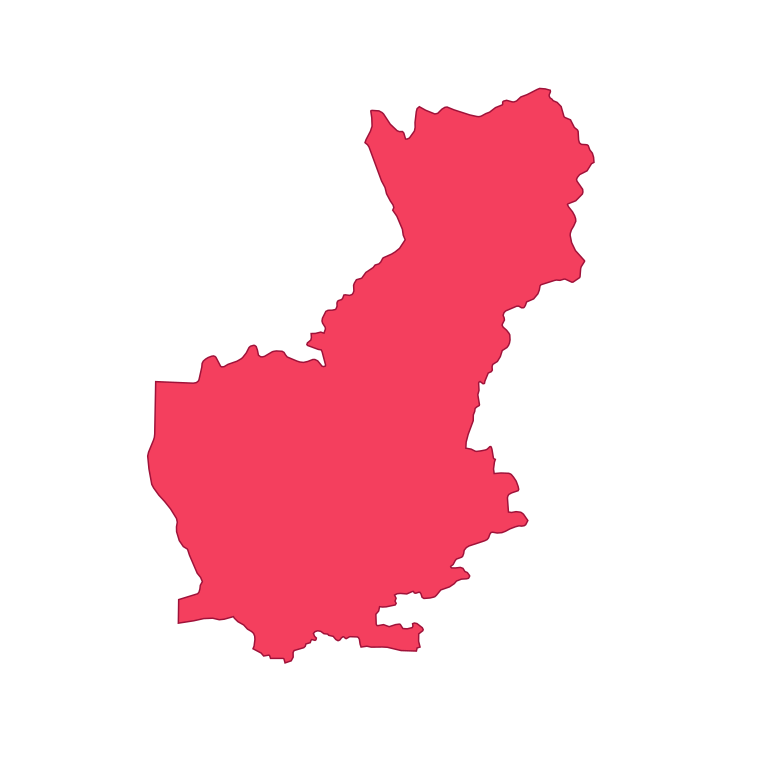 Tuy Phuoc, Bình Định, Vietnam, rotated 162°
{"feature_id": "81297802B71017047307278", "entity_name": "Tuy Phuoc", "entity_type": "district", "adm_level": 2, "iso_a3": "VNM", "parent_name": "Vietnam", "parent_adm1": "Bình Định", "projection": "mercator", "projection_center": [109.153, 13.841], "detail": "fine", "context": "isolated", "style": "filled", "palette": "rose", "viewbox_px": 768, "rotation_deg": 162, "n_neighbors": 0, "source": "geoboundaries", "source_scale": "gbopen_adm2", "svg_char_len": 6171}
<svg xmlns="http://www.w3.org/2000/svg" viewBox="0 0 768 768"><g transform="rotate(162 384 384)"><path d="M115.8,529.9L114.6,534.9L114.5,539.1L115.9,543.0L116.1,547.6L116.8,548.6L117.9,549.2L122.2,550.9L123.6,552.9L123.5,555.9L121.3,564.3L121.5,565.8L123.7,569.2L125.0,577.6L129.5,581.5L130.2,582.6L129.8,593.1L132.3,598.3L135.6,601.2L136.2,602.9L137.7,604.9L137.9,606.9L137.5,608.0L135.4,610.5L135.1,612.0L139.4,614.8L144.6,617.0L147.3,616.8L158.5,615.0L165.2,614.7L170.5,612.2L173.2,612.1L174.7,612.6L179.7,615.9L183.0,616.1L184.0,615.5L184.7,613.4L185.3,612.9L192.6,612.4L199.6,609.9L203.6,609.7L208.8,608.7L211.1,608.9L213.0,609.7L219.3,613.4L232.7,623.1L238.4,627.9L240.6,628.3L244.0,627.5L249.3,624.8L252.2,625.1L259.8,631.5L264.7,636.8L267.4,635.7L269.1,633.1L273.7,623.1L275.1,618.4L276.9,615.2L283.8,610.1L286.4,609.8L287.8,610.4L287.6,616.5L288.4,618.4L291.4,619.3L293.3,620.9L297.8,629.2L301.0,641.0L302.0,642.8L304.4,645.3L310.8,647.9L311.9,648.0L312.3,647.3L313.4,640.8L315.7,632.8L318.8,628.6L325.6,621.9L327.5,619.4L325.7,616.6L325.0,613.9L323.6,577.9L322.3,570.5L322.8,564.1L321.4,556.1L320.1,551.6L320.1,548.8L322.0,546.6L319.9,539.5L318.7,525.5L319.7,519.7L319.3,514.6L327.3,508.2L332.5,506.2L336.6,505.2L345.4,504.3L346.3,504.0L349.4,501.0L351.8,499.8L355.7,499.9L358.3,498.1L366.8,495.7L372.5,491.5L378.0,491.7L381.0,489.1L382.4,487.3L383.9,481.8L385.3,480.0L386.7,479.0L389.3,478.9L393.3,480.8L394.7,481.0L396.6,478.5L398.2,477.4L401.6,477.4L402.6,477.0L403.7,475.6L404.6,472.5L406.4,470.3L407.4,469.9L410.4,470.2L414.4,471.4L416.9,471.0L422.2,465.6L423.5,463.1L423.6,460.9L422.4,456.1L422.7,454.4L425.4,450.9L428.1,452.9L433.6,453.3L437.7,454.5L438.7,450.6L440.0,448.4L444.1,446.8L445.2,445.3L444.7,444.2L435.8,437.2L433.2,435.9L432.9,433.9L433.7,420.2L434.2,419.2L436.0,419.2L437.4,420.0L439.9,426.5L442.2,428.7L444.0,429.3L449.5,429.0L453.9,429.4L457.2,430.9L459.7,432.7L467.7,439.6L468.7,442.2L469.3,444.9L470.8,446.6L476.2,448.7L478.5,449.1L480.2,449.2L489.1,447.2L491.4,447.4L492.9,448.0L494.5,450.2L493.9,455.5L494.0,459.1L495.1,460.7L496.3,461.1L499.3,461.2L501.1,460.4L505.4,456.1L510.3,452.8L512.1,452.1L516.8,451.1L526.3,450.9L530.7,449.9L533.0,450.4L533.9,451.3L535.6,461.3L536.2,462.4L537.5,463.4L539.6,463.7L543.1,463.5L546.0,462.8L548.8,461.6L550.6,459.8L552.1,456.3L558.6,445.3L559.8,444.1L562.1,443.3L565.1,443.7L600.4,456.8L617.5,407.3L618.9,404.2L620.6,401.8L629.0,391.9L631.0,388.5L633.8,375.8L635.9,360.3L635.2,356.3L632.5,347.9L629.0,340.2L625.6,331.2L622.9,320.2L623.3,316.4L625.5,312.3L626.9,307.6L627.1,298.3L625.1,291.4L622.1,287.9L621.9,287.0L621.9,281.3L620.1,261.7L618.2,256.8L617.8,252.2L620.9,249.3L622.4,246.0L624.2,243.3L626.0,242.1L645.9,242.4L653.5,220.1L638.1,217.6L627.9,216.6L619.3,214.2L613.5,210.7L608.7,209.7L599.1,209.3L598.7,207.5L596.4,203.1L591.9,198.2L589.6,193.1L586.4,189.5L585.1,187.1L584.9,184.1L585.7,180.9L588.6,174.8L590.4,172.7L584.0,166.1L582.5,162.5L577.2,161.7L576.7,160.8L576.7,158.1L564.7,154.2L564.1,153.5L564.3,149.3L557.8,149.4L554.8,152.3L553.4,156.8L551.8,158.3L541.8,158.0L539.9,158.9L538.6,160.9L534.1,160.8L532.7,162.7L531.7,163.3L528.8,161.5L527.7,161.8L526.8,163.3L528.0,165.5L528.2,168.6L526.1,169.8L523.3,169.8L520.6,168.3L518.3,165.1L515.4,163.8L514.8,163.5L514.3,162.1L510.3,159.7L508.8,155.9L507.2,154.2L506.5,154.0L504.9,154.3L503.0,155.7L501.2,156.3L500.5,156.1L499.2,153.9L498.5,153.5L494.7,154.3L487.5,151.7L486.7,150.7L486.3,148.8L487.1,144.0L487.1,140.9L481.3,139.9L477.5,137.7L466.9,134.4L462.2,132.6L450.1,125.2L435.7,120.0L434.1,122.7L431.0,122.7L430.6,128.6L428.2,135.6L423.3,137.4L422.6,138.4L422.9,140.4L426.7,146.0L429.0,147.3L430.9,147.2L431.3,144.8L432.4,143.6L437.6,144.0L441.6,145.6L442.8,150.3L443.6,150.9L447.4,151.6L454.1,151.6L458.8,155.3L464.7,156.1L465.4,156.6L465.6,158.1L462.9,167.5L459.2,169.8L457.0,173.6L454.5,172.4L450.8,171.4L441.6,170.4L440.2,171.6L440.6,174.1L438.7,176.5L439.2,180.0L436.3,180.5L433.2,179.8L427.2,177.3L421.1,177.9L420.1,177.6L419.7,175.9L418.4,175.2L415.5,175.2L414.2,174.8L413.7,173.0L413.7,169.4L412.3,167.7L406.4,166.3L403.0,166.0L401.4,166.0L399.4,166.9L393.6,170.6L384.4,170.8L378.9,172.4L375.9,174.2L370.7,174.5L365.6,173.2L363.7,173.1L362.1,174.5L361.8,175.3L363.0,178.9L365.0,180.7L365.9,184.3L368.1,186.0L373.1,187.0L376.5,188.2L377.0,188.9L377.0,189.9L374.0,191.0L370.7,194.2L369.2,195.1L363.7,195.3L362.5,195.8L360.7,198.0L359.1,201.1L356.2,203.0L353.1,203.7L336.6,203.8L334.0,204.2L332.1,205.4L329.7,208.5L328.1,209.7L326.5,209.5L322.4,207.3L317.8,206.2L314.0,206.4L309.0,207.3L303.0,207.6L299.5,207.4L297.0,206.3L294.4,205.9L292.7,206.4L289.4,209.7L291.6,217.1L293.1,219.3L294.0,220.0L297.9,221.8L302.4,222.4L305.2,223.8L301.8,237.6L300.7,239.3L299.4,240.4L296.3,241.0L289.4,241.1L288.4,242.2L288.1,245.2L288.3,250.7L289.6,255.4L290.9,258.6L291.8,259.6L292.9,260.5L300.2,263.2L306.9,264.8L306.1,269.3L303.1,275.6L301.4,277.9L302.6,279.0L302.8,279.9L301.5,288.5L301.5,290.8L301.8,291.5L302.7,291.7L306.0,290.1L307.8,289.9L312.7,290.5L316.8,291.3L318.0,291.9L321.2,295.1L326.0,297.7L323.8,303.4L319.5,310.1L310.5,321.5L308.6,327.0L306.2,329.9L304.9,332.6L302.9,333.5L300.1,334.1L299.6,334.8L298.1,344.8L295.6,348.6L293.7,355.7L293.1,356.4L291.9,356.7L289.7,353.6L288.3,353.5L287.1,355.6L281.5,362.2L278.1,362.6L276.7,363.7L275.9,367.0L274.6,369.0L269.2,370.4L264.9,374.1L261.2,379.3L255.8,380.7L253.7,382.2L252.0,384.2L250.5,387.0L249.2,391.9L249.5,393.7L250.8,397.3L253.1,401.2L253.5,403.3L252.9,404.4L249.7,407.6L249.3,409.7L249.5,412.5L247.8,414.8L245.7,415.9L233.8,417.0L231.8,416.4L229.7,414.0L227.7,413.4L227.0,413.6L225.3,415.0L223.0,418.0L215.4,418.7L209.8,422.2L207.3,425.3L205.3,429.1L204.0,429.9L189.7,429.8L187.9,429.6L184.6,428.2L180.3,428.1L179.2,427.7L173.9,422.8L172.7,422.5L165.1,424.7L164.4,425.5L161.3,433.0L160.2,434.6L155.4,438.6L155.2,439.3L160.7,451.7L161.9,460.5L161.0,468.0L160.2,469.8L158.1,472.7L154.8,475.6L151.3,479.5L150.7,481.9L150.7,485.2L151.5,489.5L153.7,495.4L154.1,497.9L153.3,498.5L145.0,499.0L136.6,503.4L135.5,505.1L134.9,507.8L137.8,517.3L137.6,519.3L136.0,520.9L133.2,522.7L125.0,524.0L118.6,529.4L115.8,529.9Z" fill="#f43f5e" stroke="#9f1239" stroke-width="1.5"/></g></svg>